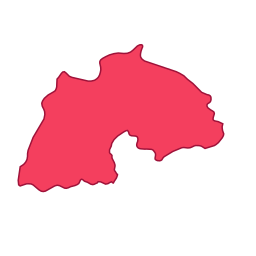 an SVG outline of Lâm Đồng, rotated 195°
{"feature_id": "VNM-480", "entity_name": "Lâm Đồng", "entity_type": "Province", "adm_level": 1, "iso_a3": "VNM", "parent_name": "Vietnam", "parent_adm1": "", "projection": "natural_earth1", "projection_center": [108.021, 11.753], "detail": "fine", "context": "isolated", "style": "filled", "palette": "rose", "viewbox_px": 256, "rotation_deg": 195, "n_neighbors": 0, "source": "natural_earth", "source_scale": "10m", "svg_char_len": 2753}
<svg xmlns="http://www.w3.org/2000/svg" viewBox="0 0 256 256"><g transform="rotate(195 128 128)"><path d="M222.1,62.7L220.1,64.9L218.9,66.6L217.9,68.9L217.4,71.6L217.7,74.6L218.4,77.3L218.7,80.6L217.2,94.4L211.5,114.9L211.8,119.5L212.8,122.3L214.1,124.2L216.4,126.8L217.1,128.2L217.7,129.7L217.5,132.0L216.5,135.0L213.7,139.2L209.1,143.8L207.9,145.3L207.5,147.5L207.5,149.2L209.2,156.9L208.1,159.0L206.5,163.5L205.5,165.2L204.0,165.9L201.9,165.0L198.1,162.8L195.3,162.4L178.6,163.0L175.9,163.7L172.7,165.4L170.9,167.4L169.8,169.3L169.2,171.7L169.1,174.4L169.3,177.1L170.1,179.6L172.1,183.5L172.4,185.1L172.0,186.7L170.6,188.6L168.0,191.1L164.8,193.8L160.8,196.2L156.8,197.9L151.3,198.9L148.0,200.0L145.3,201.9L143.5,204.2L140.2,209.6L138.3,211.3L136.7,211.9L135.5,211.7L135.0,210.8L134.9,209.8L135.1,208.6L135.3,205.8L135.2,203.6L134.9,201.6L134.1,199.7L132.2,198.1L129.4,197.0L96.1,194.9L92.3,194.2L87.6,192.9L83.1,190.4L76.9,187.8L66.1,181.5L60.4,180.7L58.4,180.8L56.9,180.3L55.9,179.3L55.2,177.2L55.1,175.6L55.4,174.4L56.0,173.5L57.2,172.2L57.6,171.5L57.7,170.7L57.2,169.3L55.9,168.1L53.2,167.0L50.7,166.3L49.2,165.7L48.4,164.5L48.3,163.4L48.4,160.5L48.3,159.5L48.2,158.8L47.9,158.0L47.2,157.6L46.2,157.3L42.5,157.5L37.5,156.6L37.4,153.6L36.9,152.1L36.0,150.0L34.0,147.1L33.9,145.3L34.4,143.0L36.9,137.3L38.7,134.8L40.0,133.4L48.3,128.2L52.2,129.4L53.6,129.5L55.2,129.3L58.1,128.6L59.5,127.8L61.3,126.2L62.9,125.0L65.1,124.2L69.1,123.6L70.9,122.9L78.6,117.0L85.6,109.7L86.4,108.3L87.1,106.0L87.9,105.1L89.0,104.5L91.2,104.1L92.5,104.3L93.5,104.7L93.9,105.4L94.1,106.2L94.3,108.5L94.5,109.4L94.8,110.2L95.2,110.8L95.6,111.3L97.3,112.6L98.2,113.2L99.1,113.4L100.0,113.4L104.5,112.5L106.5,111.9L110.3,111.2L111.6,111.1L113.0,111.4L114.1,112.1L114.9,113.0L115.3,114.2L115.4,115.7L115.2,117.4L115.4,119.3L116.0,120.9L116.9,121.9L118.4,122.2L122.8,121.4L124.2,121.6L125.2,122.3L125.8,123.2L126.3,124.1L127.1,124.9L127.8,125.5L129.2,124.9L131.2,123.0L135.9,117.6L138.5,113.2L139.7,108.9L139.5,106.2L140.2,102.2L139.5,99.5L138.7,98.7L137.5,98.2L136.4,97.4L136.0,95.8L135.5,94.6L132.3,91.0L131.1,89.1L130.7,88.0L130.4,84.2L129.9,83.3L129.1,82.8L127.9,81.6L126.7,80.5L126.2,80.5L126.0,80.0L126.1,78.0L126.3,76.4L127.5,72.9L127.9,71.1L128.7,71.1L129.9,71.8L131.3,70.8L132.9,69.1L135.1,68.0L140.5,68.9L143.0,68.4L143.4,67.1L144.8,66.0L146.2,64.8L147.4,64.2L149.3,64.1L153.1,65.1L155.9,65.3L157.1,65.7L158.1,66.3L158.9,66.5L159.8,66.4L160.5,65.4L160.9,62.9L161.2,61.6L162.4,60.2L164.3,58.7L168.2,56.5L170.2,54.8L172.0,53.8L173.7,53.5L179.2,54.6L181.6,54.4L183.8,53.1L191.4,45.7L193.4,44.7L195.5,44.5L198.2,45.3L204.7,48.4L207.0,48.9L209.6,48.4L211.6,47.8L217.2,44.1L218.9,44.8L220.5,49.0L222.1,62.7Z" fill="#f43f5e" stroke="#9f1239" stroke-width="1.5"/></g></svg>